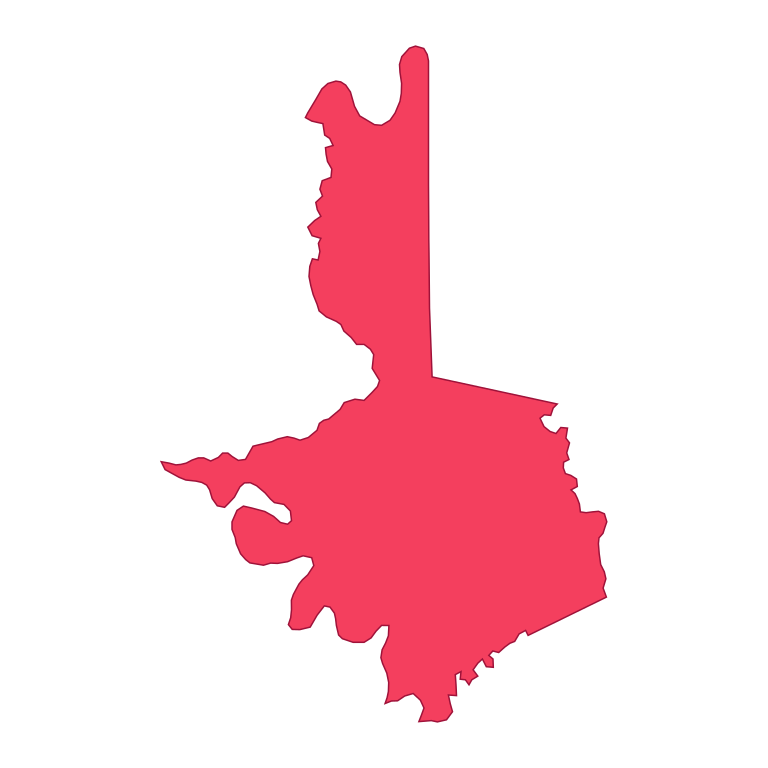 outline of São João, Paraná, Brazil
{"feature_id": "56859067B79331660525337", "entity_name": "São João", "entity_type": "district", "adm_level": 2, "iso_a3": "BRA", "parent_name": "Brazil", "parent_adm1": "Paraná", "projection": "robinson", "projection_center": [-52.816, -25.741], "detail": "fine", "context": "isolated", "style": "filled", "palette": "rose", "viewbox_px": 768, "rotation_deg": 0, "n_neighbors": 0, "source": "geoboundaries", "source_scale": "gbopen_adm2", "svg_char_len": 3319}
<svg xmlns="http://www.w3.org/2000/svg" viewBox="0 0 768 768"><path d="M557.2,404.0L432.1,376.9L429.5,308.0L429.0,253.8L428.8,239.5L428.7,217.8L428.5,184.4L428.5,60.9L427.2,54.5L423.8,48.5L415.5,46.1L409.4,48.2L401.8,56.6L399.5,64.5L400.0,72.4L401.6,83.4L401.3,93.4L400.0,101.3L395.1,113.0L390.0,120.3L381.6,125.3L374.5,124.7L359.7,115.9L354.5,106.3L350.4,91.9L345.7,85.1L340.8,81.9L335.9,81.1L327.9,83.5L321.9,88.9L315.8,99.5L307.8,112.8L305.4,117.6L311.8,121.1L317.3,122.4L322.9,123.6L324.7,135.1L329.7,138.4L333.1,145.5L325.5,147.6L326.1,154.2L327.5,161.5L331.8,169.0L331.0,177.4L322.2,180.7L319.9,189.2L322.5,196.1L315.8,202.4L317.3,209.7L320.9,216.3L314.7,220.5L307.8,227.1L312.1,235.7L320.9,238.3L318.4,243.4L319.9,251.5L318.1,260.0L312.4,258.8L309.8,266.4L309.0,276.5L310.8,285.6L313.2,294.6L317.1,304.3L319.1,310.9L326.4,316.9L336.2,321.3L340.9,324.5L343.9,331.1L351.2,337.5L356.6,344.4L364.1,344.4L370.4,349.2L373.7,354.6L372.2,368.4L379.6,380.5L377.5,386.5L372.2,392.3L364.1,400.4L354.9,399.2L344.2,402.6L340.1,409.4L328.7,419.0L323.7,420.3L319.4,423.4L317.0,430.3L308.3,437.5L300.0,440.2L294.0,438.1L287.3,436.7L277.7,439.0L271.8,441.7L257.9,445.0L253.0,446.2L245.5,459.4L238.3,460.4L232.1,456.5L227.9,453.1L222.6,453.1L218.4,457.4L210.7,461.0L203.8,457.9L198.2,457.9L192.0,460.1L186.3,463.1L180.9,464.4L175.9,464.9L169.0,463.1L161.2,461.7L165.1,469.6L179.1,477.3L185.8,480.0L195.9,481.1L201.8,482.4L206.7,485.1L209.6,489.8L212.2,498.6L217.3,505.8L224.6,507.3L228.7,503.2L234.4,497.1L239.9,486.9L244.4,482.9L250.3,482.7L256.6,485.7L265.1,492.9L270.6,499.2L274.4,502.6L284.0,504.4L290.4,511.0L291.5,520.7L287.6,524.2L280.4,522.5L273.6,516.4L264.8,511.5L251.7,508.0L243.4,506.1L237.0,510.4L232.0,521.9L232.0,529.4L235.2,537.5L236.3,543.8L240.6,553.8L245.7,559.6L249.9,562.9L263.5,565.2L270.6,563.1L277.5,563.4L287.6,561.7L296.7,558.0L303.1,555.8L311.7,557.7L313.8,565.6L307.7,574.9L302.4,579.8L299.0,584.0L296.4,588.8L293.4,594.4L291.4,600.2L291.5,609.8L290.7,617.7L288.4,624.6L292.2,629.4L299.8,629.6L310.2,627.1L317.1,615.2L324.3,605.9L330.0,607.1L334.4,613.1L335.6,618.6L336.4,625.5L338.6,635.0L342.4,638.7L353.1,642.3L358.2,642.3L364.1,642.3L371.1,637.9L376.0,631.2L381.6,625.4L388.9,625.5L388.4,635.8L385.6,643.0L382.1,649.8L380.9,657.7L382.6,663.5L386.8,673.1L388.7,682.5L388.4,691.5L387.1,697.7L385.1,703.5L391.5,701.0L397.6,700.8L404.7,696.0L413.2,693.5L420.4,700.2L424.0,708.0L421.4,715.2L418.9,721.6L431.3,720.6L437.4,721.9L446.5,719.8L452.5,711.7L450.2,703.5L448.4,695.0L456.5,695.6L456.0,684.8L455.3,674.6L461.0,671.6L460.2,679.2L465.4,679.8L469.0,684.8L471.8,679.8L477.8,676.1L473.1,669.8L477.8,663.2L482.4,659.0L486.3,666.7L493.3,667.3L493.0,659.0L488.8,655.4L492.8,651.0L498.7,652.5L504.7,647.1L509.8,643.3L514.7,641.4L519.1,633.9L525.6,630.4L528.1,635.4L606.4,597.1L603.1,588.1L605.9,578.8L604.3,571.8L600.7,564.6L599.2,553.7L598.4,543.6L599.0,537.8L603.0,533.3L604.9,527.3L606.8,521.8L604.4,513.8L598.5,511.3L592.3,511.9L586.1,512.7L580.4,511.9L579.4,504.0L577.3,498.4L575.0,493.6L571.0,489.9L577.3,486.5L576.5,479.0L570.8,475.4L565.4,473.6L563.3,467.9L563.6,462.2L569.0,459.5L566.7,452.9L569.5,442.9L565.9,438.1L567.5,428.1L560.8,427.5L556.0,433.5L550.1,431.5L544.0,426.6L540.0,418.2L544.3,414.8L550.7,415.4L553.2,408.0L557.2,404.0Z" fill="#f43f5e" stroke="#9f1239" stroke-width="1.5"/></svg>